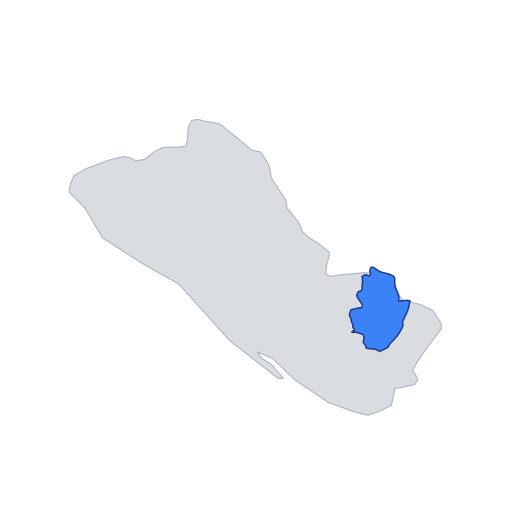 Morazán on a map of El Salvador (Mercator projection), rotated 22°
{"feature_id": "SLV-1351", "entity_name": "Morazán", "entity_type": "Department", "adm_level": 1, "iso_a3": "SLV", "parent_name": "El Salvador", "parent_adm1": "", "projection": "mercator", "projection_center": [-88.158, 13.767], "detail": "fine", "context": "in_parent", "style": "filled", "palette": "blue", "viewbox_px": 512, "rotation_deg": 22, "n_neighbors": 0, "source": "natural_earth", "source_scale": "10m", "svg_char_len": 2745}
<svg xmlns="http://www.w3.org/2000/svg" viewBox="0 0 512 512"><g transform="rotate(22 256 256)"><path d="M180.7,149.9L184.9,150.7L212.8,159.5L221.0,157.8L231.6,164.9L236.6,170.4L241.1,178.0L263.0,193.3L266.8,200.0L283.2,209.0L289.8,215.9L296.8,218.7L310.5,221.4L322.3,225.0L323.7,227.6L324.8,237.8L327.3,246.4L332.9,247.0L339.6,242.8L361.7,231.3L382.5,223.6L394.3,228.2L401.2,237.8L409.2,242.1L425.7,239.4L440.6,240.3L452.4,248.7L455.1,253.6L447.9,281.5L445.3,293.4L444.0,303.5L448.2,306.1L452.4,310.0L451.5,315.5L438.6,324.4L434.6,326.7L437.5,343.9L428.0,354.3L419.2,361.8L403.8,363.8L377.6,364.7L338.2,356.2L309.1,344.6L293.5,344.6L298.4,348.4L310.8,350.8L327.1,359.0L322.4,361.2L263.3,344.3L194.9,310.9L154.0,305.6L107.2,296.8L79.5,275.8L58.7,266.6L56.9,258.6L57.1,249.8L66.5,237.9L84.1,221.9L95.8,213.6L101.2,212.0L108.9,212.8L116.3,208.2L122.7,197.2L129.3,190.0L146.1,182.8L150.0,180.0L148.7,173.8L145.0,161.8L145.6,154.4L151.1,151.0L157.7,150.3L171.4,147.3L177.3,147.9L180.7,149.9Z" fill="#d9dde1" stroke="#a8b0b8" stroke-width="1"/><path d="M368.5,222.6L371.0,222.9L371.4,223.0L375.4,223.9L378.1,224.0L386.8,222.9L391.2,223.2L393.1,224.8L395.5,231.1L397.9,234.0L401.0,236.8L403.7,240.1L405.1,244.3L412.7,240.5L415.2,239.9L415.6,239.9L416.1,243.3L416.8,246.1L417.1,250.9L416.5,261.4L416.5,261.9L416.6,262.4L416.8,262.7L417.6,263.7L417.8,264.1L418.0,264.5L418.1,264.9L418.3,266.0L418.2,269.2L417.7,273.2L416.7,277.8L412.9,287.7L412.6,290.9L411.4,292.8L406.2,298.3L402.6,297.7L400.9,297.9L394.4,299.9L393.2,300.0L392.4,299.9L392.1,299.6L391.8,299.1L391.7,298.8L391.3,298.3L390.8,297.8L388.3,296.3L387.9,296.0L387.7,295.7L387.5,295.3L387.0,292.3L386.8,291.4L386.1,290.2L385.4,289.3L384.8,288.9L384.2,288.7L377.8,289.2L376.8,289.4L376.0,289.7L374.6,290.5L373.7,290.8L373.4,290.6L373.4,290.3L373.6,289.9L374.6,288.6L374.8,288.2L374.8,287.8L374.5,287.3L374.1,286.9L373.0,286.2L372.6,285.9L372.3,285.5L372.2,285.1L372.0,284.7L372.0,284.1L371.6,283.5L371.0,282.7L369.4,281.5L368.8,280.9L368.5,279.9L368.0,279.0L365.8,277.1L365.0,276.1L364.5,275.3L364.2,271.0L364.2,270.6L364.4,270.2L364.7,269.9L370.2,265.9L370.9,265.5L372.2,265.0L372.6,264.8L372.9,264.5L373.2,264.2L373.3,263.7L373.3,263.1L373.0,262.0L372.6,261.4L372.2,260.9L365.9,256.6L364.9,255.8L364.3,255.2L364.2,254.7L364.1,254.3L364.0,252.6L364.2,251.6L364.2,251.3L364.3,251.0L364.5,250.7L365.0,250.1L365.3,249.8L365.7,249.6L366.0,249.3L366.2,248.9L366.4,248.5L366.6,248.1L366.7,247.6L366.7,246.6L366.1,245.2L365.5,243.9L365.2,243.1L365.2,242.6L364.9,241.2L362.9,236.6L362.0,235.3L362.7,234.1L363.8,232.9L365.8,232.0L367.2,232.3L368.3,232.0L369.1,229.7L368.8,229.2L367.3,227.8L367.0,227.2L366.8,223.8L366.9,223.3L368.5,222.6Z" fill="#3b82f6" stroke="#1e3a8a" stroke-width="1.5"/></g></svg>